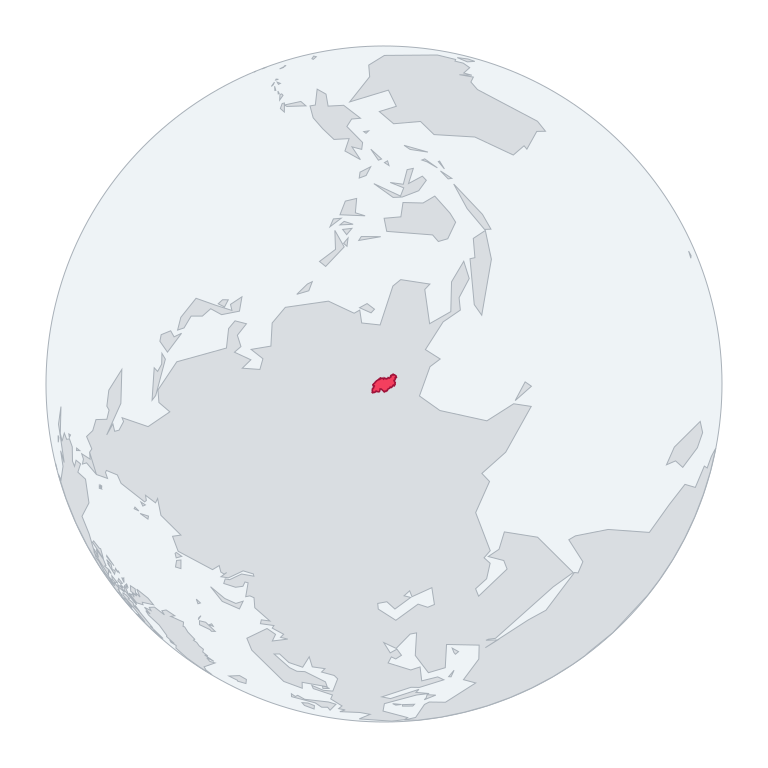 the Earth from above Kachin, rotated 229°
{"feature_id": "MMR-3296", "entity_name": "Kachin", "entity_type": "State", "adm_level": 1, "iso_a3": "MMR", "parent_name": "Myanmar", "parent_adm1": "", "projection": "orthographic", "projection_center": [97.371, 26.091], "detail": "fine", "context": "on_globe", "style": "filled", "palette": "rose", "viewbox_px": 768, "rotation_deg": 229, "n_neighbors": 0, "source": "natural_earth", "source_scale": "10m", "svg_char_len": 14740}
<svg xmlns="http://www.w3.org/2000/svg" viewBox="0 0 768 768"><g transform="rotate(229 384 384)"><circle cx="384" cy="384" r="338" fill="#eef3f6" stroke="#a8b0b8"/><path d="M530.0,79.2L523.6,77.4L532.4,87.7L545.8,96.2L534.5,91.1L567.2,112.0L578.9,125.4L559.1,107.3L552.0,103.5L556.7,110.5L550.4,108.2L549.0,110.6L541.1,107.5L530.2,98.3L524.9,96.4L528.5,101.6L522.8,102.6L518.3,95.1L508.0,96.3L487.8,83.3L482.3,69.3L464.5,63.2L441.5,52.6L437.0,52.5L425.5,49.8L416.0,49.1L414.4,48.3L408.3,48.5L411.5,49.5L409.9,50.2L404.7,50.1L401.7,48.7L403.9,48.6L400.3,48.2L401.1,47.7L397.7,47.9L394.8,46.8L389.9,48.0L381.0,47.3L381.1,46.6L391.4,46.5L404.7,46.7L430.6,49.3L456.3,53.9L481.5,60.4L506.1,68.9L530.0,79.2ZM539.7,84.1L538.1,83.3L533.7,81.1L536.0,82.2L539.7,84.1ZM556.9,103.5L553.7,99.9L559.0,104.3L556.9,103.5ZM550.2,111.5L553.1,113.4L551.2,114.0L550.2,111.5ZM537.3,110.0L533.3,110.7L535.5,108.3L537.3,110.0ZM395.5,46.3L391.9,46.4L378.6,46.1L395.5,46.3ZM529.7,110.1L520.1,112.9L525.7,117.1L504.3,107.6L519.6,107.8L521.4,103.9L524.5,107.9L529.7,110.1ZM414.8,49.9L411.1,48.8L419.1,50.0L414.8,49.9ZM420.3,50.6L447.1,54.8L449.9,57.0L440.4,54.8L448.0,58.4L436.2,57.3L429.4,55.1L429.9,53.7L425.0,54.5L420.3,50.6ZM494.0,102.4L490.0,102.0L492.1,100.7L494.0,102.4ZM409.9,50.6L415.0,50.9L417.9,52.8L408.1,52.4L410.3,51.9L409.9,50.6ZM455.8,60.2L456.1,61.9L446.7,61.4L445.6,62.1L436.2,57.6L455.8,60.2ZM407.0,51.5L403.0,52.3L396.9,51.6L405.0,50.4L407.0,51.5ZM422.7,53.5L423.6,54.5L419.9,53.8L422.7,53.5ZM372.9,50.4L379.0,50.2L381.0,51.0L372.9,50.4ZM401.9,52.7L404.1,53.0L405.5,53.5L401.7,54.0L401.9,52.7ZM430.2,57.8L426.2,57.4L433.5,59.5L426.8,59.7L421.7,56.8L421.1,58.2L419.0,58.3L417.2,55.9L430.2,57.8ZM402.3,56.1L393.6,53.3L381.8,53.2L379.7,52.4L399.0,52.8L402.3,56.1ZM411.2,56.1L405.2,55.8L405.6,54.5L410.0,54.0L411.2,56.1ZM424.0,61.0L435.7,61.5L436.4,62.2L424.0,61.0ZM398.8,56.2L401.0,56.9L397.9,56.3L398.8,56.2ZM416.2,59.7L420.2,59.6L420.9,60.4L416.2,59.7ZM402.0,58.6L399.2,57.6L402.0,57.1L402.0,58.6ZM408.4,59.3L408.4,60.4L404.7,57.5L410.1,59.1L408.4,59.3ZM416.1,60.4L417.9,60.8L414.4,60.3L416.1,60.4ZM392.7,61.8L387.5,58.3L393.8,56.9L398.1,60.3L392.7,61.8ZM108.2,188.7L117.1,178.9L111.6,189.1L115.6,204.3L114.3,209.5L103.5,221.6L98.2,257.1L108.7,250.0L114.2,275.1L124.5,284.5L146.4,260.3L129.7,244.1L137.0,228.1L158.6,229.5L174.8,245.3L178.1,239.7L176.5,219.7L189.0,214.2L177.0,212.3L175.4,219.8L167.8,219.2L168.8,212.5L173.2,210.5L170.8,204.1L150.6,216.6L146.8,225.6L135.2,217.7L127.7,232.4L121.5,235.1L131.8,211.6L137.4,205.4L149.3,177.1L142.3,182.5L130.6,210.1L130.3,205.8L120.8,215.0L127.9,204.6L142.5,174.6L137.8,168.7L116.7,183.0L117.2,179.3L124.5,168.6L147.5,145.6L143.8,156.8L151.9,150.3L165.7,135.7L163.5,140.9L168.7,136.8L168.6,141.1L181.3,137.2L183.1,141.1L200.5,130.8L203.9,131.8L192.6,137.3L185.8,143.9L191.9,155.6L196.7,155.2L207.6,147.9L207.9,152.7L217.6,144.3L227.2,148.6L223.6,136.8L236.2,129.5L248.8,128.1L252.3,123.9L231.9,126.6L224.3,129.8L218.8,135.6L197.6,144.4L192.8,142.5L212.6,126.5L208.0,122.7L225.3,113.2L269.9,109.6L282.1,113.7L276.2,135.3L266.2,137.9L263.3,131.1L254.6,144.0L260.7,139.7L261.0,144.1L273.1,139.5L273.9,142.5L284.2,133.5L286.5,136.7L280.0,142.4L299.9,139.7L308.0,145.7L312.1,143.8L314.2,140.1L323.1,151.0L325.8,149.2L323.9,144.8L328.0,138.6L338.6,132.2L341.1,136.3L337.6,139.1L334.0,151.9L324.3,159.7L326.4,160.8L335.4,155.1L339.8,139.4L345.5,134.5L344.9,141.6L345.5,138.6L349.1,137.5L355.1,140.5L356.4,132.8L392.8,118.9L407.8,124.5L403.2,131.6L431.2,129.5L446.1,138.0L444.2,133.6L456.5,131.0L452.0,128.2L452.1,126.0L481.5,120.4L490.3,123.1L500.9,117.8L500.0,115.8L494.1,113.4L504.3,107.6L525.7,117.1L526.7,120.9L539.5,125.1L539.9,133.6L546.1,143.3L539.2,151.7L544.7,159.4L549.1,160.3L559.9,172.3L567.0,195.7L542.0,172.7L527.5,141.3L531.7,153.2L525.0,149.7L523.0,153.7L526.5,162.8L530.4,164.2L506.6,178.0L503.5,204.1L517.7,202.0L527.8,209.5L536.7,242.2L514.5,288.7L527.8,303.1L529.4,313.0L519.7,319.7L517.0,305.3L506.1,300.6L506.1,292.0L489.6,299.4L488.9,287.4L476.4,299.9L482.5,309.2L497.3,306.4L486.8,323.5L503.4,339.6L506.6,359.8L483.0,396.4L457.0,407.9L455.7,414.2L444.7,407.2L431.1,419.8L452.1,455.0L451.8,465.1L429.3,484.2L428.6,476.8L399.6,458.0L394.8,481.9L416.8,502.0L424.3,524.7L407.7,517.5L399.9,497.3L389.7,490.1L392.1,469.4L382.8,437.8L366.0,442.8L366.9,430.1L351.7,402.9L327.3,408.8L288.7,437.5L284.0,468.9L270.5,480.4L252.7,431.1L252.3,399.2L241.2,399.7L226.8,368.8L188.5,354.8L187.2,345.5L179.1,346.5L169.7,333.7L169.4,318.8L161.8,316.2L163.6,355.5L172.2,358.6L185.4,349.5L183.8,362.4L193.4,377.8L167.6,399.4L117.6,403.1L119.9,378.6L118.9,301.3L123.0,295.2L123.2,294.4L123.7,292.8L116.2,302.0L118.5,287.5L111.3,338.2L107.0,357.8L116.8,404.1L114.1,406.5L119.4,417.5L145.2,421.3L143.8,428.8L127.2,457.7L97.9,486.9L105.9,520.4L110.8,545.3L101.7,551.1L111.9,571.9L108.6,572.8L114.5,583.4L117.1,590.0L117.8,592.2L103.8,572.9L91.2,552.6L80.0,531.5L70.3,509.7L62.2,487.3L55.8,464.3L55.5,463.2L51.6,444.2L46.2,393.6L46.9,374.0L47.3,361.7L47.1,357.6L48.6,343.0L48.6,342.9L52.3,319.3L57.7,296.1L64.7,273.3L73.3,251.0L83.5,229.5L95.1,208.6L108.2,188.7ZM184.5,277.4L198.9,286.5L205.1,265.6L211.1,267.7L211.0,260.2L205.4,264.1L207.0,244.6L217.8,243.3L222.5,235.3L217.9,232.0L197.9,237.9L195.5,265.3L186.8,270.5L184.5,277.4ZM197.3,113.1L193.1,117.3L186.9,120.5L184.6,118.0L193.6,113.1L197.3,113.1ZM188.5,122.9L208.7,109.1L211.0,110.9L206.3,112.1L205.7,114.6L198.1,117.3L180.4,133.5L173.8,137.6L173.2,129.3L177.0,129.4L181.0,124.9L188.5,122.9ZM256.5,79.0L265.3,75.4L258.7,83.7L251.3,86.3L248.5,83.3L255.7,78.6L256.5,79.0ZM367.3,47.2L371.1,46.9L371.9,47.0L369.3,47.4L367.3,47.2ZM351.7,47.6L364.4,46.7L373.7,46.3L362.8,46.9L361.4,47.5L363.6,47.7L376.7,48.2L395.9,48.5L397.6,50.0L393.6,51.1L389.3,51.2L389.6,50.0L383.5,51.1L380.6,49.5L375.6,50.2L351.6,49.5L354.7,48.8L336.9,50.3L338.2,49.5L349.7,48.3L337.3,49.3L348.2,48.0L345.1,48.3L351.7,47.6ZM346.3,74.1L348.5,70.6L335.8,76.5L332.8,73.3L331.5,74.2L325.3,73.2L315.5,73.7L315.7,72.1L311.8,73.1L307.6,72.7L302.3,73.7L300.7,71.4L294.2,72.6L297.2,70.8L286.3,73.7L293.7,70.6L288.9,70.5L284.3,73.5L288.6,62.7L284.7,62.0L277.4,63.5L291.1,59.2L306.7,55.5L321.2,53.7L323.0,55.6L328.8,53.8L331.4,54.4L325.7,55.5L336.1,54.2L336.7,55.1L349.6,56.2L364.1,54.7L369.2,55.5L363.8,56.6L372.6,56.7L365.9,59.5L369.4,60.3L366.2,64.4L353.8,66.8L358.6,67.6L356.4,71.3L346.3,74.1ZM391.4,62.8L377.2,65.4L368.6,65.2L377.8,58.4L375.5,57.3L381.1,53.8L393.4,54.4L390.7,55.2L390.9,56.3L387.0,55.6L390.3,56.9L386.7,58.3L388.3,59.8L383.2,60.1L391.4,62.8ZM119.3,207.2L119.5,210.0L121.2,212.7L115.2,219.0L119.3,207.2ZM128.8,186.6L129.9,187.6L122.3,196.9L122.1,194.4L128.8,186.6ZM137.1,180.8L130.6,187.0L133.9,182.2L137.1,180.8ZM194.3,138.2L196.3,139.3L194.0,141.3L189.9,143.1L194.3,138.2ZM308.0,94.3L310.6,91.5L312.8,91.5L323.4,86.9L326.4,89.4L321.2,93.1L308.0,94.3ZM139.9,262.2L133.1,264.7L133.2,260.6L135.5,260.6L139.9,262.2ZM120.7,240.8L122.0,249.1L119.0,242.5L120.7,240.8ZM313.1,96.2L317.1,93.9L316.1,96.6L313.1,96.2ZM329.2,91.1L329.2,93.9L328.0,89.2L329.2,91.1ZM277.6,698.1L284.5,701.1L279.5,700.0L277.6,698.1ZM145.9,561.7L148.3,598.1L138.3,592.6L130.3,578.7L125.1,554.8L134.7,553.6L137.7,544.2L145.9,561.7ZM506.7,570.7L516.2,570.9L515.8,572.2L506.7,570.7ZM496.7,567.0L507.8,566.4L494.7,570.1L496.7,567.0ZM512.1,566.1L523.3,562.3L528.2,559.5L527.2,562.4L512.1,566.1ZM489.2,567.8L447.4,569.6L430.7,566.3L434.7,561.3L461.8,561.8L489.2,567.8ZM433.4,561.2L407.7,546.9L371.8,502.9L384.7,504.2L422.1,531.1L419.7,535.5L435.3,546.9L433.4,561.2ZM495.0,532.2L492.5,545.6L469.6,545.9L459.1,544.2L451.8,527.4L455.9,518.5L464.6,518.5L497.4,486.2L509.0,492.8L499.1,506.4L508.5,517.4L495.0,532.2ZM285.4,472.1L293.0,491.9L285.6,493.8L285.4,472.1ZM510.2,463.6L497.3,478.2L508.9,459.1L510.2,463.6ZM516.7,445.8L517.8,452.7L512.2,446.4L516.7,445.8ZM455.8,424.0L446.7,425.9L446.2,420.9L457.6,415.6L455.8,424.0ZM508.9,377.0L509.7,391.8L508.3,397.0L503.7,388.4L508.9,377.0ZM344.8,120.1L326.6,123.1L315.6,128.2L312.5,135.2L309.1,127.3L326.1,119.3L344.8,120.1ZM386.6,118.3L389.1,113.1L393.2,115.2L393.2,116.7L386.6,118.3ZM384.4,115.3L377.9,109.6L382.7,106.6L386.9,111.7L384.4,115.3ZM344.8,101.2L339.2,101.8L340.2,99.4L344.8,101.2ZM567.9,664.2L572.5,658.2L582.3,653.4L574.2,660.6L567.9,664.2ZM544.9,647.7L481.6,672.2L468.8,671.7L474.4,665.0L467.5,645.9L471.9,646.0L472.0,631.8L510.8,614.6L539.4,585.4L558.2,583.8L574.1,562.0L592.7,559.2L585.5,575.5L602.9,580.1L619.4,543.2L625.3,574.8L634.7,581.7L631.7,599.9L597.3,640.1L581.9,651.0L581.1,649.4L574.2,654.3L566.5,656.2L566.4,648.2L559.4,652.9L568.0,643.8L557.0,652.8L554.9,647.7L544.9,647.7ZM675.4,543.6L676.8,543.0L677.6,546.1L675.4,547.6L675.4,543.6ZM700.9,501.2L700.2,503.1L701.9,498.6L701.5,499.7L700.9,501.2ZM704.3,491.6L704.0,492.6L704.7,490.6L704.3,491.6ZM689.1,516.3L689.4,517.7L688.6,519.1L689.1,516.3ZM688.6,516.3L690.3,511.9L689.4,515.5L688.6,516.3ZM683.2,504.2L684.5,501.6L684.9,502.6L683.2,504.2ZM530.2,569.3L543.9,557.6L551.0,555.7L530.2,569.3ZM681.9,501.4L678.9,503.0L679.4,500.9L681.9,501.4ZM682.5,496.7L682.5,494.2L683.7,499.4L682.5,496.7ZM677.1,494.2L680.5,496.8L676.6,495.0L677.1,494.2ZM674.7,496.1L672.0,495.5L672.3,494.5L674.7,496.1ZM639.6,515.2L650.4,527.0L640.8,530.4L630.4,524.1L620.8,536.4L600.0,540.6L605.2,533.4L602.7,524.9L580.3,526.3L575.7,521.1L584.0,515.4L568.8,513.4L585.5,507.4L592.1,518.6L601.4,506.7L616.9,505.2L631.4,505.2L642.4,510.6L639.6,515.2ZM585.0,534.9L587.8,534.3L585.1,538.5L585.0,534.9ZM666.7,491.5L670.7,495.4L670.1,497.1L668.1,497.2L666.7,491.5ZM645.1,507.6L657.2,492.8L659.9,491.9L651.8,506.6L645.1,507.6ZM654.6,487.2L659.9,486.5L662.5,491.2L661.4,493.2L654.6,487.2ZM550.8,529.6L550.1,533.1L545.6,531.1L550.8,529.6ZM556.6,526.6L569.9,528.1L555.4,529.8L556.6,526.6ZM515.0,519.7L519.1,527.6L532.0,520.9L522.1,529.6L530.6,542.1L527.5,547.6L519.2,534.0L515.7,549.3L510.0,549.6L507.1,537.0L513.1,520.5L518.8,513.3L541.9,507.8L515.0,519.7ZM556.7,516.5L553.1,507.3L555.7,500.4L559.6,504.9L556.7,516.5ZM542.0,485.1L532.0,474.7L523.3,480.1L540.6,461.8L547.4,474.8L542.0,485.1ZM532.9,460.6L524.8,465.5L533.0,455.1L532.9,460.6ZM522.5,461.9L521.2,453.8L527.8,454.2L522.5,461.9ZM537.2,460.4L538.1,446.4L541.8,454.1L537.2,460.4ZM517.4,435.7L532.2,447.7L513.6,443.9L511.0,417.1L518.8,415.7L517.4,435.7ZM549.7,321.7L546.8,314.2L553.3,311.5L553.5,317.4L549.7,321.7ZM572.0,298.4L554.1,308.5L539.3,317.5L544.8,320.4L543.0,334.0L533.8,322.7L542.9,306.9L554.5,302.6L554.4,291.5L561.8,283.0L557.5,269.9L560.1,263.6L567.6,274.4L572.0,298.4ZM555.1,264.5L550.1,241.5L563.3,242.9L567.4,248.2L564.1,257.9L557.3,256.5L555.1,264.5ZM552.8,236.5L546.2,235.3L525.1,204.2L523.9,198.3L547.0,221.2L542.0,221.4L544.8,229.2L552.8,236.5ZM492.2,104.1L490.3,102.2L494.0,103.6L492.2,104.1ZM449.3,124.6L450.1,121.9L454.5,123.1L449.3,124.6ZM454.5,115.3L449.0,115.7L453.8,113.6L454.5,115.3ZM436.9,117.2L446.3,115.0L438.8,119.6L436.9,117.2Z" fill="#d9dde1" stroke="#a8b0b8" stroke-width="1"/><path d="M383.6,373.5L383.7,373.4L383.8,373.4L383.8,373.1L383.9,372.9L384.0,372.8L383.9,372.6L383.7,372.3L383.6,372.2L383.8,371.6L383.8,371.4L384.0,371.3L384.0,371.2L384.3,371.1L384.4,370.9L384.4,370.7L384.4,370.4L384.5,370.3L384.5,370.2L384.7,369.9L384.8,369.6L385.0,369.6L385.1,369.8L385.3,369.9L385.6,369.7L385.7,369.9L385.9,370.5L386.0,370.7L386.5,370.6L387.0,371.0L387.2,371.4L387.2,371.5L387.4,371.5L387.5,371.6L387.9,371.9L387.9,372.0L387.9,372.6L387.9,372.8L387.9,373.0L388.1,373.1L388.2,373.3L388.0,373.6L388.3,373.8L388.3,374.0L388.3,374.3L388.5,374.6L388.6,374.8L388.7,375.3L388.8,375.5L389.0,375.5L389.3,375.3L389.3,375.2L389.4,374.7L389.8,374.7L389.9,374.8L390.0,374.7L390.1,374.8L390.2,375.1L390.3,375.1L390.6,375.0L390.8,375.1L390.9,375.3L390.8,375.6L390.8,375.8L390.8,376.3L391.0,376.6L391.0,376.8L390.9,377.2L390.8,377.4L390.8,377.6L390.9,378.0L391.1,378.1L391.2,378.3L391.1,378.5L391.2,379.2L391.2,379.3L391.1,379.5L391.3,379.8L391.3,380.0L391.2,380.2L391.2,380.3L391.3,380.5L391.3,380.8L391.2,381.1L391.1,381.3L391.1,382.1L391.1,382.3L390.8,382.7L390.8,382.8L390.7,383.0L390.8,383.1L391.0,383.4L391.1,383.5L390.9,383.8L390.7,383.9L390.6,383.7L390.3,383.7L390.2,383.8L390.2,384.0L390.3,384.1L390.4,384.3L390.4,384.5L390.5,384.6L390.8,384.9L390.9,385.1L391.0,385.1L391.0,385.3L390.9,385.4L390.7,385.6L390.3,385.6L390.2,385.5L389.8,385.7L389.7,386.0L389.6,386.3L389.3,386.6L389.2,386.9L389.2,387.0L388.9,387.2L388.7,387.0L388.1,386.8L388.1,387.2L388.1,387.3L387.9,387.5L387.9,387.8L387.9,388.0L388.0,388.1L387.9,388.1L387.7,388.3L387.6,388.6L387.3,388.8L387.2,388.8L387.0,389.1L386.9,389.2L386.7,389.2L386.4,388.9L386.3,389.0L386.2,389.5L386.0,389.8L385.9,390.0L385.8,390.3L385.8,390.7L385.8,390.9L385.9,391.0L386.1,391.2L386.2,391.3L386.0,391.5L385.9,391.5L385.7,391.4L385.5,391.5L385.3,391.7L384.9,391.9L384.9,392.1L384.9,392.8L384.8,393.6L384.8,393.8L385.2,393.7L385.4,393.7L385.5,393.8L385.6,394.0L385.7,394.3L385.4,394.4L385.5,394.5L385.9,394.7L385.9,394.9L385.8,395.0L385.9,395.3L385.9,395.5L384.8,396.7L384.9,396.8L385.1,396.9L385.3,397.0L385.5,397.1L385.5,397.3L385.4,397.4L385.2,397.5L384.5,397.6L384.3,397.8L384.1,397.8L383.9,398.0L383.7,398.0L383.4,398.1L383.2,398.2L382.9,398.2L382.5,398.4L382.2,398.4L382.0,398.1L381.8,398.0L381.5,397.9L381.4,397.9L381.3,398.0L380.8,397.8L380.8,397.7L381.3,397.5L381.4,397.4L381.5,397.3L381.6,397.1L381.6,396.9L381.5,396.5L381.4,396.4L381.2,396.5L380.9,396.5L380.5,396.2L380.4,396.0L380.4,395.9L380.4,395.6L380.2,395.5L380.1,395.3L380.0,395.1L379.9,395.0L379.9,394.8L379.9,394.2L380.0,394.1L380.2,393.9L380.0,393.7L379.7,393.7L378.9,393.4L378.5,393.4L378.1,393.5L377.9,393.6L377.8,393.4L377.5,393.2L377.4,393.1L377.2,392.5L376.6,392.4L376.4,392.2L376.1,391.2L375.8,390.6L376.1,390.4L376.5,390.3L376.7,390.2L376.8,390.1L376.8,390.4L376.7,390.5L376.8,390.6L377.0,390.6L377.1,390.2L377.1,389.9L376.9,389.6L376.6,389.2L376.5,387.9L376.5,387.4L376.6,387.1L376.9,387.2L376.9,387.3L377.0,387.2L377.5,386.8L377.6,386.7L377.7,386.4L377.3,385.9L377.2,385.6L377.1,385.3L377.2,385.2L377.4,384.5L377.5,384.4L377.6,384.1L377.6,383.7L377.4,383.5L377.4,383.3L377.3,383.1L377.2,383.0L377.2,382.8L377.2,382.7L376.8,382.2L376.9,381.9L377.2,381.9L377.3,381.8L377.4,381.7L377.5,381.6L377.5,381.3L377.5,381.1L377.3,380.9L377.2,380.8L377.1,380.7L377.1,380.4L377.8,380.0L377.9,379.9L377.9,379.7L378.0,379.6L378.2,379.3L378.3,379.3L378.3,379.1L378.1,378.9L378.6,378.8L379.0,378.9L379.2,379.0L380.1,378.8L380.4,378.8L380.5,378.8L380.8,378.7L381.4,378.7L381.8,378.7L382.0,378.6L382.4,378.1L382.5,378.1L382.8,377.9L382.7,377.8L382.6,377.7L382.4,377.4L381.6,376.2L381.4,376.0L381.4,375.9L381.5,375.7L381.4,375.4L381.3,375.2L381.5,374.9L381.8,374.6L382.0,374.4L382.4,374.2L382.5,374.0L382.6,373.9L382.8,373.8L383.0,373.6L383.2,373.4L383.3,373.3L383.5,373.3L383.6,373.5Z" fill="#f43f5e" stroke="#9f1239" stroke-width="1.5"/></g></svg>